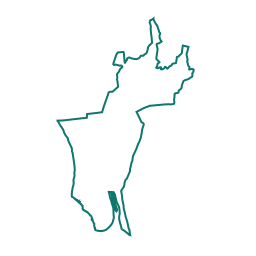 outline of Labuhan Batu, Sumatera Utara, Indonesia, rotated 175°
{"feature_id": "22746128B75065966155231", "entity_name": "Labuhan Batu", "entity_type": "district", "adm_level": 2, "iso_a3": "IDN", "parent_name": "Indonesia", "parent_adm1": "Sumatera Utara", "projection": "robinson", "projection_center": [100.13, 2.27], "detail": "fine", "context": "isolated", "style": "outline", "palette": "teal", "viewbox_px": 256, "rotation_deg": 175, "n_neighbors": 0, "source": "geoboundaries", "source_scale": "gbopen_adm2", "svg_char_len": 5579}
<svg xmlns="http://www.w3.org/2000/svg" viewBox="0 0 256 256"><g transform="rotate(175 128 128)"><path d="M190.0,65.6L189.9,65.0L189.8,64.9L189.7,64.2L188.9,63.9L188.3,63.4L187.6,62.5L187.4,62.3L187.2,62.3L187.2,62.1L187.1,61.9L186.7,61.7L186.5,61.4L186.2,61.1L186.2,61.3L185.9,61.1L185.6,61.1L185.2,60.8L185.5,60.9L185.6,60.6L185.3,60.5L185.2,60.4L185.0,60.5L184.9,60.7L184.7,60.5L184.8,60.2L184.8,59.9L184.4,59.2L184.0,59.0L183.8,59.1L183.9,58.9L183.7,58.7L183.3,59.0L183.2,58.7L183.4,58.4L183.2,58.3L183.2,58.2L182.7,58.3L182.9,58.0L182.4,57.1L181.7,56.3L181.5,56.5L181.3,56.3L180.6,55.0L180.3,54.2L180.1,54.2L180.2,53.8L180.0,52.4L180.1,52.1L180.1,51.9L180.3,51.7L180.3,51.3L179.7,50.3L179.2,49.9L178.9,49.9L178.8,49.7L178.6,49.7L177.9,49.0L177.7,48.7L177.0,48.7L176.2,47.8L175.8,47.7L173.8,45.2L173.4,44.3L173.0,44.2L172.3,43.4L172.1,42.9L171.9,41.6L171.6,41.2L171.5,40.8L171.5,40.5L171.8,40.5L172.2,40.0L172.0,39.7L171.9,39.5L171.5,39.7L171.2,39.4L171.2,38.4L170.8,37.8L170.6,36.5L169.9,35.4L170.1,35.2L170.1,34.1L170.2,33.9L170.2,33.2L170.1,32.6L169.5,31.5L169.5,31.2L169.8,30.9L169.6,30.5L169.5,29.8L169.6,29.7L169.5,29.3L168.4,28.7L167.3,28.4L166.9,28.3L166.7,28.1L166.4,28.2L165.1,27.8L164.8,27.7L164.3,27.8L163.6,27.6L163.4,27.8L162.9,27.6L162.0,27.7L160.8,28.0L160.6,27.9L160.1,28.1L159.7,28.2L158.0,28.9L157.6,29.3L157.2,29.5L156.3,30.1L156.1,30.4L155.9,30.4L155.1,31.3L154.5,31.7L154.1,32.2L153.9,32.3L153.7,32.6L153.4,32.8L152.1,34.4L151.5,35.4L149.9,39.8L149.9,43.5L149.6,48.6L149.8,50.7L150.0,51.8L150.4,52.8L151.2,57.4L151.8,59.3L152.1,61.3L152.2,62.9L152.7,66.0L148.0,65.4L147.6,64.8L146.8,62.7L146.5,60.0L146.0,57.3L145.8,55.3L144.0,50.7L143.7,49.1L143.6,45.7L143.7,43.7L144.5,40.4L144.7,38.6L144.6,36.6L144.1,33.6L143.4,30.1L143.3,29.2L143.1,27.9L141.9,26.9L141.0,26.3L140.3,25.6L140.0,25.4L138.2,23.7L137.6,23.1L137.3,22.7L136.8,22.4L136.2,21.6L135.1,21.1L135.4,24.2L135.4,26.4L135.8,27.0L136.1,27.9L136.5,31.4L137.0,35.3L137.3,36.4L137.8,38.7L138.1,39.8L138.6,44.3L138.9,45.8L139.3,48.5L139.2,51.3L139.9,56.8L139.9,61.7L140.3,65.7L140.0,65.8L139.9,66.6L138.6,68.4L137.1,70.0L135.9,74.7L134.9,76.6L133.4,77.9L129.9,84.6L129.5,87.1L128.7,89.2L128.3,90.8L127.9,91.7L127.4,93.6L126.5,94.8L126.4,95.7L125.5,99.5L121.4,106.6L119.5,110.8L118.9,111.9L118.3,112.6L117.2,115.0L116.3,116.7L114.7,122.0L114.2,124.6L113.3,127.1L112.0,129.9L112.1,131.0L112.8,131.9L114.1,132.6L115.2,135.7L118.1,143.3L111.4,146.1L108.2,147.2L106.5,147.5L105.0,148.2L88.6,148.3L86.3,148.1L85.4,148.2L84.0,147.8L82.3,147.8L80.0,148.1L79.6,149.2L79.6,150.4L79.5,153.1L79.2,153.9L78.5,158.1L77.4,158.5L75.4,158.6L74.8,158.9L74.5,159.4L74.1,161.0L72.3,162.1L71.3,163.1L70.8,164.7L70.6,165.9L70.0,167.2L69.4,168.3L68.8,169.8L67.3,170.6L63.4,171.5L62.3,172.2L61.3,172.8L60.4,173.1L59.5,173.7L59.3,174.3L59.2,176.9L58.6,177.4L57.8,178.9L57.5,180.2L57.6,180.7L58.2,180.7L58.9,181.2L60.3,181.2L61.8,180.9L61.9,181.1L62.0,181.4L61.5,182.6L61.5,183.2L62.4,184.7L62.8,185.8L62.9,187.8L63.3,189.0L63.2,189.4L62.7,190.4L62.8,192.0L63.1,194.2L63.3,196.2L61.2,201.9L60.7,203.6L66.2,205.3L66.5,204.1L68.0,197.7L68.4,197.3L69.5,196.5L71.7,194.7L72.9,194.6L73.2,194.0L74.4,188.8L74.6,188.5L77.1,188.3L78.0,188.1L78.6,187.7L79.2,186.5L80.5,186.1L81.5,185.5L82.6,184.5L83.2,183.9L83.5,183.7L83.9,183.8L84.1,184.0L84.9,185.2L85.3,185.6L85.8,185.7L86.6,184.5L87.2,184.1L88.1,183.8L88.5,183.5L89.7,183.5L90.1,183.7L90.1,184.1L89.8,184.8L89.8,185.1L89.8,185.4L90.1,185.7L90.9,185.7L92.7,185.0L93.7,185.0L94.4,185.3L94.6,185.6L94.5,185.8L94.4,186.0L94.0,186.3L93.6,187.0L92.9,189.4L92.7,189.7L91.1,190.6L90.9,190.8L92.2,192.5L93.4,193.7L93.6,194.1L93.7,194.8L93.5,196.0L91.9,202.6L91.6,204.6L92.1,207.2L92.2,208.7L91.7,209.4L90.1,209.6L87.8,210.7L87.0,211.2L88.1,213.1L88.5,214.4L88.7,215.7L88.5,217.8L87.8,218.9L87.7,219.5L87.7,219.8L88.6,220.9L88.9,222.9L89.4,224.7L90.0,227.5L91.0,228.9L92.6,232.4L93.2,234.3L93.1,234.9L95.3,233.6L96.4,233.4L97.3,231.2L96.7,229.5L96.6,228.5L96.5,228.0L96.4,227.2L96.6,225.7L96.8,225.2L96.8,224.6L96.8,222.2L96.8,220.1L96.6,216.4L96.6,210.7L99.0,208.9L99.9,208.1L100.7,207.0L101.1,206.5L101.6,204.2L102.0,203.4L102.5,202.0L103.0,201.1L104.0,200.3L105.3,199.8L106.0,198.9L106.4,198.7L107.2,198.7L107.9,198.8L108.9,198.9L110.0,197.4L111.4,196.4L113.4,195.9L115.5,196.2L117.0,196.6L118.6,197.1L119.2,197.5L120.2,198.0L121.1,198.1L122.4,197.6L122.8,197.2L123.1,196.7L123.2,195.7L123.9,195.1L124.6,195.1L124.7,194.1L124.9,193.6L125.2,193.3L125.5,193.3L125.6,193.6L125.6,203.2L125.8,204.0L126.2,204.2L131.6,204.1L132.0,203.8L133.3,201.9L136.8,193.9L137.1,192.7L136.4,192.0L135.0,192.3L133.4,191.8L130.6,190.7L129.9,190.9L129.0,190.7L128.5,190.1L128.3,189.4L128.7,188.8L129.9,188.1L131.2,186.7L131.9,185.1L133.5,183.5L134.3,182.5L134.2,179.7L134.7,177.2L134.4,175.5L134.3,169.9L139.4,166.1L140.1,165.5L140.8,165.6L143.0,165.6L143.6,165.4L144.4,164.8L144.6,164.0L144.9,163.3L149.4,153.4L151.2,149.2L152.4,146.0L158.8,145.7L167.5,145.5L168.1,141.8L191.7,141.2L196.5,141.4L198.5,141.6L197.4,141.3L195.5,137.0L192.6,131.8L192.2,129.4L191.1,126.7L189.6,124.2L189.0,123.6L188.5,120.3L188.1,119.0L186.9,116.0L186.0,113.5L185.6,112.1L185.9,109.9L185.8,109.2L185.4,108.4L184.7,97.4L184.6,92.1L184.8,90.2L185.4,88.0L185.3,86.6L185.5,84.7L186.7,81.5L186.9,80.4L186.9,77.8L187.2,76.5L188.0,74.1L188.3,73.6L189.4,69.3L189.7,67.0L190.0,65.6ZM150.3,64.5L149.9,61.4L149.9,60.3L150.1,58.9L148.4,52.9L147.8,47.9L147.5,46.8L146.8,46.0L146.1,47.2L146.0,48.1L147.1,52.4L147.6,54.7L148.2,60.3L148.4,63.4L148.5,64.1L149.2,64.9L150.3,65.0L150.3,64.5Z" fill="none" stroke="#0f766e" stroke-width="2"/></g></svg>